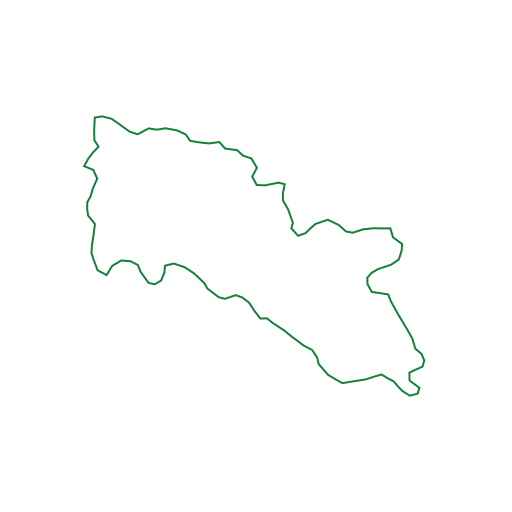 Aparecida, São Paulo, Brazil, rotated 119°
{"feature_id": "56859067B61499602209927", "entity_name": "Aparecida", "entity_type": "district", "adm_level": 2, "iso_a3": "BRA", "parent_name": "Brazil", "parent_adm1": "São Paulo", "projection": "orthographic", "projection_center": [-45.236, -22.909], "detail": "fine", "context": "isolated", "style": "outline", "palette": "green", "viewbox_px": 512, "rotation_deg": 119, "n_neighbors": 0, "source": "geoboundaries", "source_scale": "gbopen_adm2", "svg_char_len": 1732}
<svg xmlns="http://www.w3.org/2000/svg" viewBox="0 0 512 512"><g transform="rotate(119 256 256)"><path d="M260.7,449.9L259.6,440.0L265.3,432.4L276.3,431.4L284.5,429.5L290.6,429.7L296.7,426.5L302.0,422.5L306.1,412.4L316.1,408.4L326.2,404.7L333.4,401.2L338.6,395.5L345.3,387.6L345.1,377.4L334.4,377.0L325.3,371.7L321.4,363.1L321.2,354.9L325.6,349.6L331.6,337.0L329.8,330.8L323.5,327.1L315.0,328.1L308.5,330.8L302.4,324.1L300.4,312.9L301.2,302.1L302.8,295.4L304.9,287.8L308.0,282.8L309.2,275.0L310.1,268.7L308.5,262.4L300.1,254.8L298.9,248.0L300.1,239.7L304.9,230.5L308.6,221.8L305.2,216.2L306.5,208.6L307.4,196.0L309.2,185.6L310.0,179.3L311.2,171.0L311.0,161.4L315.2,153.2L320.1,148.9L325.0,135.3L325.3,126.4L325.3,118.8L310.8,100.3L304.2,94.1L298.8,88.8L299.1,81.1L298.9,74.9L301.3,68.4L303.1,62.7L303.6,53.8L298.0,47.9L292.1,49.2L290.4,61.4L283.6,65.3L278.2,61.4L272.0,56.7L265.7,58.3L261.4,63.7L259.9,71.6L252.3,79.4L246.8,88.4L237.6,104.3L230.1,116.2L225.5,121.8L228.2,129.1L231.3,137.3L226.5,144.9L221.0,148.1L214.8,146.8L208.4,143.0L198.1,133.6L189.8,129.4L180.5,131.3L174.7,134.0L173.2,145.3L166.7,151.9L170.5,158.7L174.8,166.7L180.8,175.3L188.7,182.6L190.9,189.2L188.8,198.7L189.4,210.7L199.1,219.5L204.5,221.5L212.1,223.8L217.9,229.0L214.6,238.6L209.2,239.7L199.7,250.5L194.2,259.5L187.8,263.0L179.3,265.7L180.9,271.8L190.0,282.6L193.5,289.8L188.4,297.8L178.4,298.0L172.9,307.4L174.5,315.9L172.6,323.9L177.0,335.1L174.1,343.3L180.2,351.5L184.0,360.4L187.2,369.4L183.8,376.4L184.4,385.9L188.2,397.1L193.6,404.0L196.4,411.7L206.9,418.5L208.5,426.9L206.7,441.7L206.0,448.9L208.5,458.3L213.1,464.1L224.0,458.8L233.1,453.5L236.8,446.7L243.8,448.6L251.7,449.9L260.7,449.9Z" fill="none" stroke="#15803d" stroke-width="2"/></g></svg>